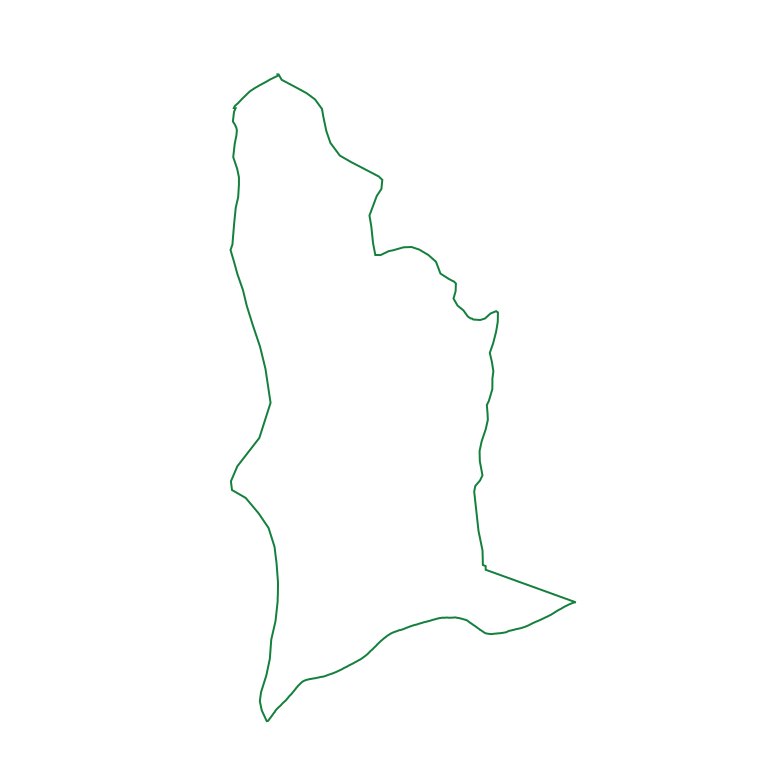 Monchy/Malgretoute, Dauphin, Saint Lucia (orthographic projection), rotated 263°
{"feature_id": "8701671B92631226508247", "entity_name": "Monchy/Malgretoute", "entity_type": "district", "adm_level": 2, "iso_a3": "LCA", "parent_name": "Saint Lucia", "parent_adm1": "Dauphin", "projection": "orthographic", "projection_center": [-60.922, 14.041], "detail": "fine", "context": "isolated", "style": "outline", "palette": "green", "viewbox_px": 768, "rotation_deg": 263, "n_neighbors": 0, "source": "geoboundaries", "source_scale": "gbopen_adm2", "svg_char_len": 6078}
<svg xmlns="http://www.w3.org/2000/svg" viewBox="0 0 768 768"><g transform="rotate(263 384 384)"><path d="M63.7,226.5L63.8,227.9L68.9,232.8L69.5,233.3L70.2,234.0L70.9,234.6L71.5,235.3L72.1,235.8L73.1,236.5L73.7,237.2L74.8,238.4L75.6,239.6L76.3,240.4L77.0,241.5L77.4,242.1L78.1,242.9L78.9,243.8L79.5,244.5L79.8,244.9L80.1,245.3L80.4,245.9L81.0,246.6L81.6,247.5L82.2,248.3L83.0,249.1L83.6,249.8L83.9,250.2L84.8,251.0L85.2,251.4L85.9,252.2L86.3,252.7L86.6,253.1L86.9,253.6L87.6,254.3L88.1,255.0L89.2,255.9L89.9,256.8L90.6,257.6L91.0,257.9L91.7,258.6L92.0,259.0L92.4,259.3L93.2,260.1L93.7,260.6L94.2,261.3L94.7,261.6L95.6,262.9L96.1,263.5L96.5,264.1L96.9,264.5L97.7,265.7L98.1,266.1L98.3,266.6L98.6,267.2L98.9,267.8L99.3,269.0L99.5,269.9L99.7,270.6L99.9,271.8L99.9,272.6L100.0,273.3L100.2,274.6L100.2,276.0L100.3,276.8L100.3,277.3L100.3,278.3L100.4,279.1L100.3,279.8L100.5,280.9L100.6,281.9L100.6,283.0L100.8,284.3L100.9,285.3L101.0,286.3L100.9,287.0L100.9,287.7L101.2,289.5L101.4,290.3L101.5,290.9L101.8,292.1L102.0,292.9L102.3,294.1L102.5,295.2L102.7,296.2L102.9,297.3L103.2,298.3L103.5,299.5L103.8,300.7L104.1,301.8L104.3,302.3L104.6,303.3L104.8,303.8L105.1,304.7L105.8,306.9L106.2,308.0L106.6,308.8L106.9,309.5L107.2,310.4L107.4,311.0L107.7,311.9L107.9,312.7L108.1,313.1L108.4,313.6L108.6,314.0L108.8,314.5L109.0,315.1L109.6,316.9L109.8,317.4L110.0,318.0L110.2,318.6L110.8,320.1L111.1,320.8L111.3,321.3L111.7,322.4L112.1,323.4L112.3,323.9L112.8,324.9L113.0,325.7L113.2,326.1L113.4,326.6L113.6,327.2L114.1,328.2L114.4,328.7L114.6,329.1L114.9,329.6L115.2,330.2L115.5,330.7L116.0,331.6L116.2,332.0L116.6,332.6L117.0,333.2L117.4,333.9L117.9,334.7L118.3,335.2L118.9,336.0L119.5,336.6L120.0,337.4L120.6,338.0L121.3,339.1L121.9,340.0L122.3,340.6L122.9,341.2L123.2,341.6L123.9,342.6L124.2,343.0L125.1,344.2L125.4,344.6L125.9,345.1L126.5,345.8L127.1,346.7L128.4,348.3L128.8,349.0L129.2,349.4L129.5,349.9L129.8,350.4L130.3,351.1L130.9,352.0L131.4,352.7L131.7,353.3L132.0,353.8L132.4,354.4L132.7,355.1L133.2,355.7L133.7,356.6L134.1,357.4L134.3,357.9L134.5,358.3L135.1,359.4L135.3,359.9L135.9,361.6L136.1,362.2L136.3,362.8L136.4,363.4L136.6,363.9L136.9,365.5L137.1,366.5L137.4,367.7L137.6,368.3L137.8,369.3L137.7,369.9L138.0,371.5L138.1,372.2L138.7,374.8L138.9,375.2L139.2,376.5L139.5,377.7L139.7,378.4L140.0,379.6L140.2,380.3L140.4,381.6L140.6,382.4L140.8,383.1L140.8,383.9L141.1,384.6L141.2,386.4L141.3,387.2L141.5,388.2L141.7,389.0L141.9,389.8L141.9,390.4L142.1,391.3L142.1,391.9L142.2,392.5L142.7,394.6L142.7,395.2L142.8,396.2L143.0,397.3L143.0,398.0L143.1,398.7L143.3,399.6L143.3,400.2L143.5,401.5L143.7,402.1L143.9,403.2L144.0,404.1L144.2,405.1L144.2,406.2L144.5,407.2L144.7,408.4L144.6,408.9L144.9,410.6L144.9,412.8L144.9,413.3L144.9,414.1L144.6,415.4L144.6,416.1L144.6,417.4L144.4,418.5L144.3,419.1L144.1,419.8L144.0,420.9L143.9,421.6L143.9,422.1L143.7,423.5L143.7,424.1L143.7,425.1L143.7,425.7L143.6,426.3L143.5,426.9L143.0,428.1L142.6,429.8L142.0,431.3L141.8,431.7L141.6,432.4L141.3,433.2L141.0,433.6L140.7,434.5L140.2,435.6L139.9,436.2L139.6,437.0L139.3,437.6L138.7,438.2L137.7,439.2L137.3,439.6L136.6,440.3L136.3,440.8L135.7,441.4L135.3,441.9L134.8,442.4L133.7,443.6L133.4,444.0L132.7,444.8L131.7,445.9L131.3,446.3L130.9,446.7L130.0,447.7L129.5,448.2L129.1,448.7L128.2,449.5L127.7,450.3L126.7,451.4L125.7,452.5L124.7,453.7L124.4,454.2L123.9,455.3L123.6,456.3L123.4,457.1L123.2,457.8L123.0,458.6L122.8,459.6L122.7,460.2L122.7,463.0L122.6,465.4L122.6,467.6L122.4,468.9L122.6,470.1L122.5,471.4L122.6,472.1L122.6,472.9L122.7,474.3L122.7,474.8L123.0,475.9L123.3,476.6L123.6,477.5L123.8,478.5L123.8,479.3L123.9,480.1L124.0,481.1L124.1,481.8L124.2,482.8L124.3,483.4L124.5,485.0L124.7,486.3L124.7,487.0L124.8,488.0L124.9,489.0L125.0,490.1L125.5,492.8L125.7,493.7L125.9,494.5L126.0,495.0L126.2,495.9L126.4,496.6L126.8,497.9L127.2,499.1L127.4,499.5L127.6,500.1L127.9,500.9L128.1,501.4L128.4,502.3L128.6,502.8L129.0,504.3L129.3,505.1L129.6,506.0L130.0,507.7L130.8,510.3L131.3,511.9L131.8,513.4L132.0,514.0L132.5,515.3L133.1,517.3L133.3,518.0L133.5,518.4L133.7,519.0L134.2,520.4L134.7,521.8L134.9,522.2L135.4,523.3L135.7,523.9L135.9,524.3L136.1,524.8L136.3,525.3L136.7,526.0L137.1,526.9L137.7,528.0L138.0,528.9L138.3,529.4L138.5,529.9L139.3,532.3L139.5,532.7L139.7,533.1L139.9,533.6L140.1,534.0L140.4,534.6L140.7,535.4L141.0,536.0L141.3,536.9L141.8,538.5L142.2,539.5L142.7,541.0L142.9,541.9L143.1,542.6L143.4,543.4L143.6,544.3L143.8,545.2L144.0,546.6L143.9,547.8L187.2,462.3L190.9,462.7L192.3,460.1L206.7,461.5L226.7,459.9L250.0,460.2L266.2,460.4L271.7,462.2L276.5,467.5L281.3,470.6L295.8,469.7L305.8,470.7L315.1,473.9L326.6,479.4L335.7,482.7L342.4,483.2L350.6,483.5L354.4,486.0L365.7,490.9L374.7,492.1L375.9,492.2L383.2,494.1L392.5,493.8L402.0,492.8L411.1,497.3L422.4,501.7L431.9,504.5L441.1,505.8L442.6,504.2L441.0,498.3L436.7,492.2L435.8,487.3L437.1,480.5L438.3,479.2L438.5,478.0L440.8,475.4L447.4,471.8L452.8,466.6L460.3,463.4L467.4,466.4L474.9,467.6L476.9,466.2L480.4,461.1L486.7,453.5L499.0,450.5L506.6,443.8L513.1,435.4L516.6,428.1L517.3,420.1L515.6,409.2L515.3,405.0L512.4,396.3L513.1,391.1L525.2,390.3L542.3,390.6L553.0,390.1L571.5,399.7L577.9,405.2L586.8,407.2L590.6,404.1L599.5,391.2L608.4,378.2L616.1,368.0L629.8,360.2L642.0,357.6L657.4,356.3L664.5,356.0L674.9,350.2L682.1,342.6L689.4,332.4L698.4,319.5L704.1,317.1L704.3,316.0L702.9,316.1L700.0,307.7L698.7,304.8L695.8,297.4L693.4,291.7L690.8,286.5L684.3,277.9L680.8,273.7L678.0,269.7L676.2,268.6L675.8,270.3L672.4,268.3L663.0,266.0L658.7,268.0L658.1,268.0L656.8,268.6L653.8,268.9L648.7,267.8L640.6,265.1L627.6,262.0L615.4,264.5L606.9,265.2L599.5,264.3L587.1,262.0L577.3,258.4L561.9,254.9L544.6,251.3L541.0,250.6L535.7,248.0L523.2,250.1L510.9,251.9L494.2,255.5L478.4,257.3L458.2,261.0L436.2,265.5L413.4,268.2L379.1,269.1L345.7,253.7L320.2,228.4L306.1,220.2L297.3,220.2L287.7,232.9L270.9,243.8L255.1,251.9L235.8,255.5L219.1,255.5L199.7,254.6L186.6,252.8L184.9,252.4L181.4,252.0L161.8,247.4L143.9,240.9L125.2,237.2L109.1,231.7L93.1,224.4L84.3,222.1L74.9,222.9L63.7,226.5Z" fill="none" stroke="#15803d" stroke-width="2"/></g></svg>